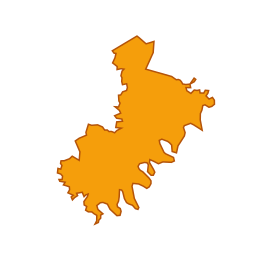 Liberato Salzano, Rio Grande do Sul, Brazil, rotated 234°
{"feature_id": "56859067B3780228367855", "entity_name": "Liberato Salzano", "entity_type": "district", "adm_level": 2, "iso_a3": "BRA", "parent_name": "Brazil", "parent_adm1": "Rio Grande do Sul", "projection": "robinson", "projection_center": [-53.076, -27.548], "detail": "fine", "context": "isolated", "style": "filled", "palette": "amber", "viewbox_px": 256, "rotation_deg": 234, "n_neighbors": 0, "source": "geoboundaries", "source_scale": "gbopen_adm2", "svg_char_len": 2617}
<svg xmlns="http://www.w3.org/2000/svg" viewBox="0 0 256 256"><g transform="rotate(234 128 128)"><path d="M97.2,205.7L96.2,208.5L96.4,211.9L99.7,214.2L103.1,214.3L103.8,210.6L108.1,210.0L109.2,213.1L110.9,215.2L113.1,212.7L111.7,209.8L114.0,206.9L116.7,208.3L117.8,205.9L119.8,203.9L119.0,199.2L123.6,197.5L126.6,198.7L123.8,202.4L127.1,203.9L129.2,200.3L131.5,198.1L133.7,198.4L135.9,198.3L137.6,197.3L138.7,195.4L144.0,193.6L159.0,181.8L163.6,178.2L165.2,176.9L174.2,192.7L182.8,199.9L184.2,195.6L185.5,192.1L194.3,190.1L197.1,189.3L199.7,160.7L196.7,160.7L195.4,162.1L192.5,158.8L189.7,153.8L187.0,154.6L184.1,155.4L181.7,153.5L180.1,157.2L178.0,159.3L177.5,156.6L174.4,153.0L172.1,152.6L169.4,150.3L166.3,149.0L164.6,152.9L161.1,151.3L159.2,148.9L160.4,144.9L159.0,141.5L160.1,139.6L155.2,136.5L152.8,136.2L150.6,132.7L152.8,130.0L147.3,131.4L144.3,130.8L145.8,124.4L142.6,124.5L140.5,126.6L138.8,128.3L136.7,127.5L139.6,122.5L135.6,118.4L131.8,122.5L132.5,117.4L132.0,114.4L134.9,112.6L136.4,110.5L138.5,110.1L140.1,107.9L143.8,108.0L148.4,105.3L151.6,100.1L154.3,98.2L149.2,91.4L146.6,90.2L148.4,82.6L148.5,77.7L137.0,75.1L130.5,69.5L138.0,66.3L137.5,62.6L139.0,57.2L140.8,54.5L139.0,52.6L136.5,52.5L134.2,49.4L136.5,47.6L133.1,44.5L130.3,46.5L127.6,46.8L125.1,44.5L126.9,41.9L125.0,41.5L121.1,45.3L119.9,42.3L118.0,43.8L114.9,46.0L112.3,44.4L110.9,41.3L105.7,44.2L105.6,41.5L102.5,40.8L103.1,44.0L102.9,47.5L105.4,48.0L102.9,53.2L98.3,52.1L98.7,54.5L98.0,56.9L96.3,54.7L94.4,49.1L91.5,47.3L88.8,48.5L86.4,45.4L83.5,46.6L81.4,49.4L78.7,50.1L75.7,51.4L71.3,48.1L69.7,44.9L69.0,48.5L70.6,50.2L71.1,52.9L73.6,54.7L73.3,57.3L79.8,55.8L83.6,57.2L83.8,61.7L82.5,64.0L78.5,66.6L72.8,65.7L63.6,67.5L62.0,70.2L64.6,73.4L67.4,74.4L70.4,73.2L72.6,74.2L74.4,77.4L77.5,80.4L83.1,84.9L81.5,86.4L79.4,86.2L73.0,83.6L68.5,83.0L66.1,84.0L62.9,86.2L58.4,86.6L56.3,88.2L57.3,90.0L60.2,90.5L67.3,91.7L78.5,97.0L80.3,99.4L76.5,103.7L71.9,106.2L68.1,107.7L67.9,110.5L69.5,113.9L71.7,115.5L75.1,115.6L84.0,114.2L86.4,113.1L88.7,112.9L91.1,113.6L92.3,116.4L90.5,121.0L88.8,122.9L86.4,122.9L81.2,118.2L76.2,118.9L74.9,120.7L76.5,123.7L79.6,124.3L87.5,125.1L89.6,127.1L86.0,129.2L81.2,131.6L80.1,136.2L74.7,143.0L74.1,146.1L77.4,147.5L85.0,143.3L87.1,142.8L96.7,144.6L99.6,146.0L99.1,148.8L93.9,152.2L91.7,152.9L88.6,153.3L83.0,149.9L79.4,152.6L84.2,158.0L85.0,160.2L88.4,168.9L90.7,171.5L95.7,173.1L96.8,174.9L95.0,181.4L91.9,183.0L82.6,186.7L92.1,191.2L97.1,195.0L99.1,198.4L102.2,201.7L101.5,203.9L97.2,205.7ZM127.1,203.9L126.5,208.8L127.5,211.4L129.5,210.8L127.1,203.9Z" fill="#f59e0b" stroke="#b45309" stroke-width="1.5"/></g></svg>